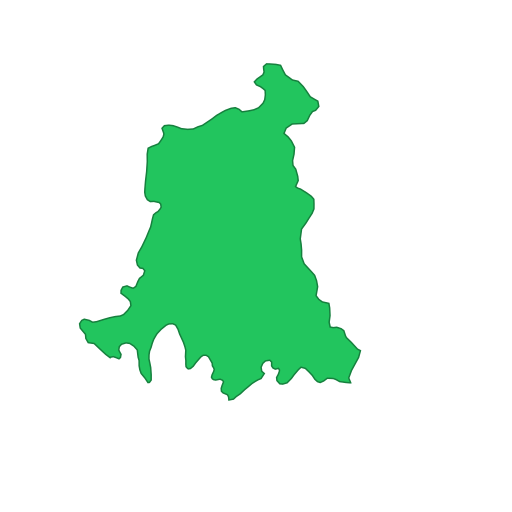 the district of Loyew, Gomel, Belarus, rotated 306°
{"feature_id": "67162791B2494752626310", "entity_name": "Loyew", "entity_type": "district", "adm_level": 2, "iso_a3": "BLR", "parent_name": "Belarus", "parent_adm1": "Gomel", "projection": "natural_earth1", "projection_center": [30.598, 51.937], "detail": "fine", "context": "isolated", "style": "filled", "palette": "green", "viewbox_px": 512, "rotation_deg": 306, "n_neighbors": 0, "source": "geoboundaries", "source_scale": "gbopen_adm2", "svg_char_len": 3877}
<svg xmlns="http://www.w3.org/2000/svg" viewBox="0 0 512 512"><g transform="rotate(306 256 256)"><path d="M279.8,105.4L274.5,108.1L268.3,112.7L259.9,118.0L251.7,122.6L245.3,126.5L242.2,128.5L239.5,131.2L237.7,135.0L237.9,138.5L240.2,141.3L241.5,144.3L242.4,146.3L242.0,148.4L239.7,150.6L237.6,150.8L234.3,150.6L232.4,149.7L229.1,148.9L225.2,150.4L221.6,152.0L217.6,153.7L212.9,154.8L206.4,156.4L196.6,158.2L189.3,159.0L182.3,161.7L179.0,165.4L178.1,169.2L179.5,171.8L178.7,174.7L174.2,176.2L169.4,174.9L166.1,175.4L160.8,176.7L157.7,175.6L156.6,172.1L156.0,169.2L152.6,166.5L149.0,167.0L146.5,168.7L146.5,173.2L146.2,177.8L145.3,181.1L142.3,184.0L136.7,184.2L130.8,183.3L127.7,181.5L124.3,177.8L120.1,174.0L115.4,170.3L109.2,165.7L106.4,162.8L105.9,159.0L103.9,154.2L101.4,152.9L97.5,153.1L94.4,156.2L93.5,159.7L92.4,164.1L89.3,166.8L87.3,171.2L90.1,176.5L89.0,184.6L88.1,192.2L88.0,197.5L88.2,197.4L90.7,199.7L91.6,202.6L92.3,205.6L94.2,206.0L97.1,204.6L98.2,202.2L99.3,200.2L102.3,198.7L105.6,199.1L109.3,201.9L111.1,205.3L111.3,210.3L110.2,215.2L107.9,217.3L104.8,220.2L102.7,222.9L98.5,226.0L95.7,228.9L93.5,232.1L91.9,238.2L90.1,243.0L91.1,244.1L94.0,244.1L98.3,241.0L103.9,236.3L106.8,233.2L109.8,229.9L113.2,227.5L116.5,225.8L120.4,224.8L124.5,223.3L128.5,222.2L133.2,221.7L135.1,221.6L140.9,222.3L147.3,224.0L149.8,225.4L152.3,228.5L152.9,231.6L150.9,236.0L148.0,240.1L146.1,243.5L143.5,248.1L140.7,252.0L138.5,254.6L133.1,258.1L130.1,260.8L127.3,262.8L125.3,264.5L124.8,266.8L124.9,267.6L126.4,269.1L129.9,270.0L134.2,270.0L137.7,270.3L142.0,270.7L144.6,271.6L146.4,274.0L146.6,276.8L145.2,279.9L143.6,283.5L141.5,285.3L140.5,287.7L139.5,289.0L137.4,289.7L134.2,290.3L131.8,291.2L131.0,292.8L131.0,294.2L131.9,296.2L135.2,299.3L135.8,302.0L135.1,303.7L131.3,304.7L128.4,305.7L126.3,307.5L125.9,309.8L126.3,311.5L127.0,314.5L125.9,316.6L123.6,318.7L127.0,321.9L130.6,322.6L135.4,324.3L141.3,325.4L146.7,326.8L150.5,327.7L154.1,329.1L157.0,330.4L159.8,332.1L165.8,331.8L166.1,328.4L169.0,325.5L173.1,324.6L176.7,325.3L179.8,328.4L179.4,331.0L176.3,333.2L175.4,335.5L175.8,338.1L178.3,340.2L177.6,342.0L176.2,342.8L173.4,343.6L169.8,344.1L167.5,346.2L166.6,350.4L168.1,352.9L171.7,355.7L177.8,356.6L182.4,356.6L188.9,357.1L192.5,357.8L194.1,362.0L193.4,367.1L192.5,371.8L190.9,376.1L190.5,379.6L191.4,382.3L194.7,384.2L199.0,385.5L200.9,388.3L202.4,390.7L203.1,393.4L203.6,397.6L205.1,400.3L206.5,403.0L208.8,406.8L209.1,407.1L211.8,402.7L219.6,400.5L234.3,398.6L240.8,396.1L240.3,392.8L242.1,384.0L243.1,377.1L244.0,375.3L247.2,370.9L247.2,367.6L245.8,363.2L243.5,360.7L242.1,357.8L245.4,354.1L251.3,350.9L257.3,346.1L260.5,342.8L257.8,336.6L257.8,332.3L259.2,327.9L267.4,323.9L271.6,319.5L274.8,314.8L275.7,310.8L278.0,299.5L282.1,293.4L287.6,289.4L292.2,285.4L295.9,281.7L304.6,277.0L312.0,277.0L317.5,276.6L323.5,276.3L328.1,275.2L332.2,272.3L335.9,269.4L336.8,265.7L336.8,260.3L336.3,252.7L335.4,249.8L335.4,247.2L341.8,245.8L345.0,242.9L349.6,237.1L351.0,232.7L354.7,229.5L360.7,226.9L366.6,223.3L369.8,217.1L371.2,212.1L371.6,206.6L377.2,205.2L384.1,207.7L388.2,212.8L391.4,216.8L395.6,217.9L401.5,216.8L406.1,216.8L408.9,218.6L413.9,218.9L417.6,215.0L417.1,210.6L416.7,206.3L419.0,200.1L420.8,194.7L422.1,187.4L419.8,182.0L419.8,173.3L422.1,168.6L424.7,163.8L422.7,159.5L419.4,154.2L417.6,151.6L413.7,150.7L412.0,152.1L409.6,154.4L406.6,155.1L399.8,152.8L395.9,152.3L394.7,155.8L395.6,160.0L395.6,163.5L395.3,166.1L391.8,168.9L387.6,171.2L383.8,171.9L377.5,171.0L373.1,168.4L369.2,164.9L364.4,160.0L364.7,156.0L363.8,152.1L360.8,149.0L355.8,145.7L352.5,144.1L346.6,141.5L340.6,139.7L330.2,135.9L326.4,133.1L321.9,130.6L318.3,126.3L315.1,120.7L314.2,117.0L312.7,112.3L310.6,108.6L307.6,105.3L304.1,104.9L301.4,108.8L300.5,109.8L297.8,110.9L293.4,111.2L289.5,111.2L285.6,108.8L283.3,107.2L279.8,105.4Z" fill="#22c55e" stroke="#15803d" stroke-width="1.5"/></g></svg>